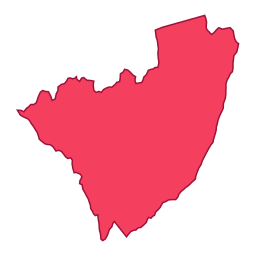 Itapé, Bahia, Brazil (Equal Earth projection)
{"feature_id": "56859067B92693928020841", "entity_name": "Itapé", "entity_type": "district", "adm_level": 2, "iso_a3": "BRA", "parent_name": "Brazil", "parent_adm1": "Bahia", "projection": "equal_earth", "projection_center": [-39.512, -14.957], "detail": "fine", "context": "isolated", "style": "filled", "palette": "rose", "viewbox_px": 256, "rotation_deg": 0, "n_neighbors": 0, "source": "geoboundaries", "source_scale": "gbopen_adm2", "svg_char_len": 2699}
<svg xmlns="http://www.w3.org/2000/svg" viewBox="0 0 256 256"><path d="M155.3,30.1L155.7,33.3L156.2,37.1L157.3,40.3L157.9,45.0L158.4,48.9L157.9,53.2L158.2,57.6L158.9,62.7L157.9,67.4L155.3,67.4L153.0,69.0L150.7,69.4L148.3,70.3L146.5,74.5L143.8,77.1L143.1,79.8L141.7,82.5L138.7,83.0L136.0,83.5L134.9,80.2L135.6,76.7L132.6,74.8L130.4,72.3L127.7,70.0L124.6,69.3L123.2,72.0L120.4,73.8L120.2,78.0L119.6,81.7L116.8,82.3L114.9,84.7L111.8,87.2L109.1,87.0L106.4,88.0L103.6,89.5L101.3,92.4L98.8,91.4L96.2,92.4L93.9,90.6L93.2,85.0L93.8,81.1L90.5,80.5L86.8,80.2L83.7,77.5L81.6,78.1L79.6,81.4L76.9,79.4L76.4,76.7L74.6,78.3L72.6,78.8L70.1,77.9L67.9,78.4L66.6,81.0L64.5,83.6L61.4,84.4L58.0,87.0L58.0,90.6L56.3,93.6L55.1,99.1L52.1,100.4L50.8,96.2L48.4,91.7L45.6,91.5L42.6,90.5L40.4,92.2L39.1,94.9L37.9,97.8L37.1,100.6L36.1,102.9L33.8,104.5L30.8,104.5L28.7,106.7L26.4,108.4L23.8,111.8L21.1,110.4L17.4,110.2L20.3,115.0L22.9,116.6L25.0,117.6L27.9,118.8L29.7,120.8L31.1,123.3L33.5,126.5L35.3,129.5L37.1,132.2L38.4,135.8L39.3,139.3L42.2,141.7L44.9,143.8L47.5,144.5L50.6,144.8L53.3,147.1L55.9,151.0L58.6,150.3L61.3,151.3L63.5,153.9L65.6,156.8L67.8,158.5L70.7,157.8L72.4,160.4L72.1,163.8L72.8,168.1L74.1,172.7L76.4,172.5L78.4,173.4L80.6,174.4L81.9,177.0L80.0,180.5L79.6,183.6L82.1,184.8L82.8,189.0L85.0,192.9L86.8,196.3L88.4,199.2L89.5,202.8L90.4,205.4L90.7,208.5L92.3,211.1L93.7,214.0L95.3,215.6L97.8,214.8L98.0,217.5L98.4,220.2L99.0,223.1L99.2,226.9L99.5,230.4L100.3,233.1L100.7,236.2L101.0,239.2L102.8,240.6L105.4,238.9L107.0,236.0L108.2,233.1L109.3,229.6L111.9,226.7L112.8,223.5L114.4,221.5L126.5,236.8L128.5,234.2L130.7,231.6L133.6,230.3L135.9,230.0L138.1,227.9L140.9,227.4L143.7,225.0L146.4,222.3L147.3,219.4L148.6,217.4L151.0,218.2L152.6,216.3L154.5,215.3L155.6,212.0L158.0,209.8L160.1,207.5L161.5,204.8L162.9,202.6L165.6,201.6L168.6,199.9L172.3,199.6L175.7,199.6L177.7,197.2L179.1,193.8L181.4,191.2L183.9,189.2L185.7,187.4L187.8,186.1L189.7,184.4L191.8,182.3L193.6,180.7L195.3,179.2L195.7,176.5L197.0,172.5L198.8,168.1L200.9,164.8L202.3,160.8L203.5,158.4L204.8,155.9L205.9,153.7L207.2,151.4L208.6,148.7L210.8,145.0L212.9,142.5L213.5,139.5L214.6,135.8L215.5,132.8L216.2,129.8L216.4,126.8L217.2,124.0L218.0,120.4L219.3,116.6L221.3,112.4L223.2,108.3L223.4,103.6L225.3,98.4L225.8,94.6L225.8,90.7L226.0,87.5L225.9,84.1L227.0,80.3L228.8,77.0L230.3,73.8L232.4,71.7L233.0,68.0L233.0,63.5L233.4,59.6L233.9,55.6L236.7,52.1L237.6,48.5L238.6,43.7L236.5,42.2L234.7,38.8L233.9,35.2L233.2,30.9L230.2,27.7L227.0,28.2L222.5,29.2L218.7,27.7L216.2,30.1L213.7,33.0L211.3,34.4L209.3,32.1L207.2,30.1L206.2,27.7L206.3,25.0L206.6,22.3L205.8,18.5L204.7,15.4L162.7,27.2L155.3,30.1Z" fill="#f43f5e" stroke="#9f1239" stroke-width="1.5"/></svg>